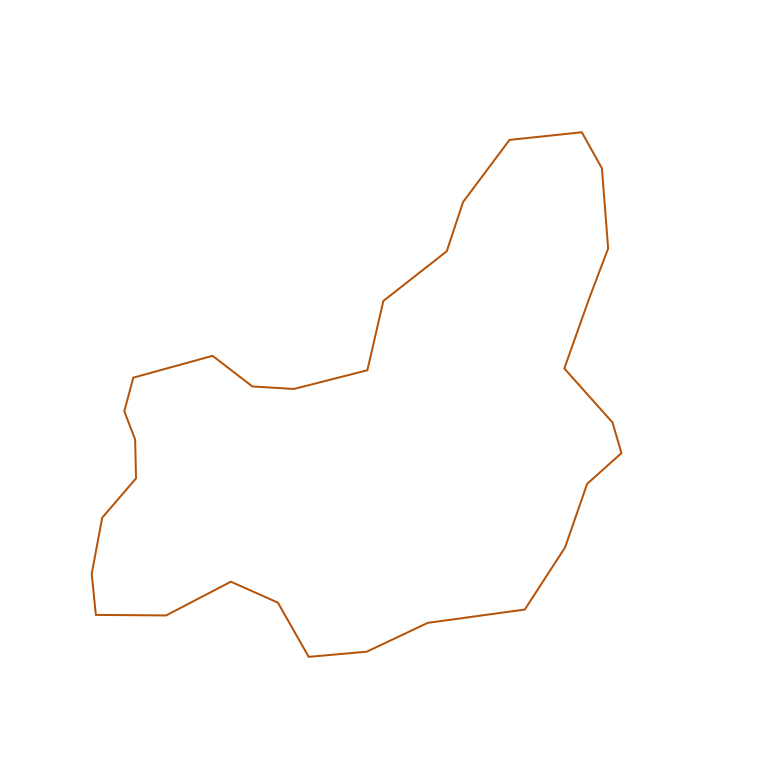 an SVG outline of Selebi-Phikwe, rotated 13°
{"feature_id": "BWA-5504", "entity_name": "Selebi-Phikwe", "entity_type": "Town", "adm_level": 1, "iso_a3": "BWA", "parent_name": "Botswana", "parent_adm1": "", "projection": "robinson", "projection_center": [27.845, -21.959], "detail": "fine", "context": "isolated", "style": "outline", "palette": "amber", "viewbox_px": 768, "rotation_deg": 13, "n_neighbors": 0, "source": "natural_earth", "source_scale": "10m", "svg_char_len": 547}
<svg xmlns="http://www.w3.org/2000/svg" viewBox="0 0 768 768"><g transform="rotate(13 384 384)"><path d="M520.1,94.2L547.8,124.8L571.9,201.5L564.7,254.4L556.2,328.3L615.3,370.1L630.9,397.9L604.4,435.6L597.2,502.4L571.9,572.1L480.3,606.9L427.4,648.7L372.0,666.8L329.8,620.9L279.2,611.1L223.8,658.5L155.2,673.8L141.9,634.8L139.5,577.7L163.6,531.7L154.0,494.1L137.1,469.0L138.3,434.2L210.6,395.1L256.3,416.0L297.3,409.1L364.7,374.3L364.7,303.2L415.3,240.5L420.1,188.9L451.4,117.9L520.1,94.2Z" fill="none" stroke="#b45309" stroke-width="2"/></g></svg>